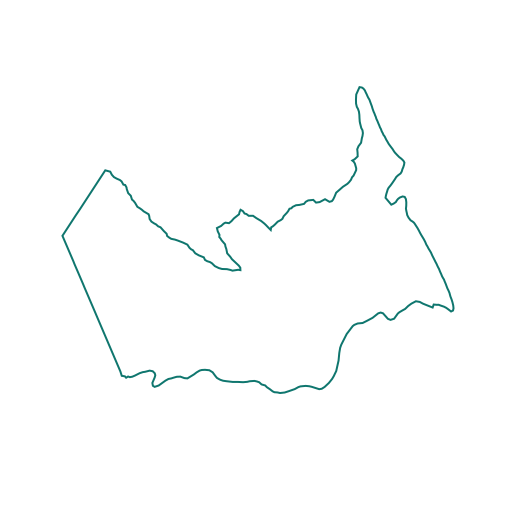 Araioses, Maranhão, Brazil, rotated 61°
{"feature_id": "56859067B64575087706788", "entity_name": "Araioses", "entity_type": "district", "adm_level": 2, "iso_a3": "BRA", "parent_name": "Brazil", "parent_adm1": "Maranhão", "projection": "robinson", "projection_center": [-42.029, -2.955], "detail": "fine", "context": "isolated", "style": "outline", "palette": "teal", "viewbox_px": 512, "rotation_deg": 61, "n_neighbors": 0, "source": "geoboundaries", "source_scale": "gbopen_adm2", "svg_char_len": 4781}
<svg xmlns="http://www.w3.org/2000/svg" viewBox="0 0 512 512"><g transform="rotate(61 256 256)"><path d="M108.0,346.3L129.6,387.1L133.0,393.8L144.5,415.5L172.2,418.3L175.2,418.7L185.4,419.7L188.3,420.0L196.3,420.8L200.6,421.3L225.3,423.8L232.9,424.6L291.3,430.6L295.7,431.5L297.7,429.0L299.5,428.6L299.4,426.3L300.8,425.1L301.6,422.7L301.9,419.8L302.1,414.5L302.7,411.3L303.5,409.2L304.7,404.6L306.7,402.2L309.5,401.4L311.5,401.9L313.2,403.6L316.8,408.2L319.5,409.1L321.3,408.1L322.1,403.9L321.1,395.6L321.1,392.2L322.0,389.4L322.4,387.3L323.2,383.9L324.8,380.7L328.1,377.8L329.8,375.3L329.5,367.8L329.0,364.4L328.9,360.8L329.4,358.7L330.8,355.8L333.3,352.2L336.7,350.3L340.7,349.8L343.6,349.3L345.5,348.2L347.0,347.2L349.1,345.3L351.0,342.8L354.8,337.5L357.6,332.5L360.1,328.5L361.8,324.7L362.5,322.2L364.5,317.9L366.2,316.0L368.0,314.4L371.0,313.4L373.7,310.7L376.0,310.1L379.3,308.4L382.4,307.1L384.0,306.0L385.8,303.3L387.5,301.4L389.3,297.1L390.1,293.0L391.2,286.6L391.2,282.5L391.6,280.3L393.7,275.5L395.7,272.6L397.4,270.7L403.1,265.3L404.0,262.9L403.8,259.5L402.4,253.9L401.6,251.9L400.4,249.0L398.7,246.1L397.6,244.6L395.5,241.6L387.5,234.5L381.1,230.1L377.1,226.9L374.9,224.4L368.2,214.5L364.2,205.4L363.9,203.4L364.3,199.8L366.3,195.2L366.5,189.9L366.6,184.1L365.4,176.9L365.9,174.4L367.7,172.7L374.9,171.1L377.1,169.3L377.8,165.6L375.1,159.9L374.7,157.9L374.6,154.3L374.6,151.2L373.5,147.1L373.0,143.2L373.1,138.1L375.6,135.0L378.6,133.1L380.1,131.9L386.7,126.5L384.6,124.1L386.2,121.8L387.2,119.9L389.0,118.4L391.4,116.2L393.5,114.8L395.6,113.8L397.2,113.1L399.1,112.3L399.2,110.1L397.5,108.6L394.9,107.5L391.7,106.6L388.8,106.0L385.8,105.6L384.1,105.2L382.2,104.7L379.5,104.4L377.2,104.3L375.1,104.0L372.5,103.6L369.6,103.3L367.7,103.0L366.0,103.1L364.0,103.1L361.6,102.8L358.9,102.6L356.0,102.2L354.3,102.2L352.4,102.1L350.2,101.9L348.5,101.9L346.5,101.8L343.9,101.7L341.0,101.6L337.8,101.3L334.9,101.4L333.0,101.5L330.9,101.4L328.6,101.5L325.9,101.2L322.9,101.1L320.1,101.2L317.6,101.3L315.1,101.3L313.0,101.2L309.8,101.2L307.0,101.4L305.2,101.5L303.4,101.7L301.7,102.4L299.7,103.5L296.4,104.0L293.5,103.9L291.7,103.3L289.3,102.6L287.3,101.9L285.0,100.3L281.9,98.5L278.9,97.3L276.4,97.3L275.0,98.9L274.6,101.8L274.9,104.0L275.6,105.8L276.6,107.5L276.9,110.2L276.7,112.8L267.9,114.5L266.3,113.2L264.7,111.7L263.1,110.0L261.7,108.6L260.6,106.9L259.6,104.3L258.5,101.9L257.3,99.5L256.2,97.3L254.9,95.0L254.3,92.6L253.9,89.5L252.8,87.6L251.1,85.9L249.8,84.2L248.0,82.3L246.2,80.9L244.1,80.9L241.4,81.7L238.9,82.8L236.0,83.6L232.8,84.4L230.9,84.6L228.7,84.7L226.0,85.1L223.8,85.4L222.1,85.6L219.6,85.6L217.6,85.7L215.6,85.6L213.8,85.5L211.9,85.8L210.0,85.6L208.0,85.6L205.5,85.2L203.6,85.2L201.6,84.9L199.4,84.7L197.1,84.4L194.2,84.2L192.5,83.8L190.5,83.6L188.7,83.3L187.0,83.2L185.2,82.9L183.4,82.6L181.3,82.1L178.6,81.7L176.7,81.4L174.2,81.0L172.0,81.1L170.2,81.0L168.2,80.8L165.9,80.7L163.9,80.5L161.6,80.9L160.0,81.7L158.5,83.6L163.3,90.0L164.7,90.9L167.6,92.7L171.2,94.6L174.4,95.5L176.8,95.5L179.7,96.0L182.7,97.2L185.5,98.6L188.7,100.1L190.6,100.7L195.2,101.9L197.6,101.9L200.3,102.9L202.7,104.7L204.3,106.3L207.9,109.2L209.7,113.2L211.7,115.7L214.9,117.1L218.2,118.8L219.2,122.8L219.2,125.5L221.0,124.8L223.1,124.7L227.8,125.8L229.5,126.8L233.0,131.7L233.7,133.8L235.4,136.0L236.6,138.9L237.2,141.1L237.6,146.4L239.5,155.2L242.3,158.7L244.1,161.3L244.8,163.1L244.2,165.5L239.8,168.1L239.7,174.2L238.4,177.6L234.7,178.7L232.7,183.4L232.7,186.2L233.7,188.7L232.4,193.2L231.0,196.4L230.8,200.2L231.4,201.9L230.9,203.8L232.4,206.2L233.2,208.1L234.6,212.5L236.3,214.9L236.6,217.0L236.5,220.4L237.7,224.4L238.2,226.7L238.3,228.8L240.4,230.5L236.9,231.5L233.8,232.3L231.6,233.0L227.9,234.5L223.1,237.3L219.4,239.1L217.3,242.9L214.7,244.0L213.3,245.4L210.4,245.7L208.1,247.1L209.5,249.0L211.3,250.6L212.4,257.1L213.6,260.5L214.2,263.7L212.0,266.6L212.0,268.6L212.8,271.9L212.6,276.6L215.9,277.5L219.8,277.7L221.6,278.9L223.7,278.5L225.4,278.5L230.8,277.4L232.8,278.1L235.6,278.6L239.7,279.9L244.1,278.9L247.1,278.6L256.1,275.7L258.6,275.4L260.8,276.5L259.4,278.3L257.4,283.7L255.9,285.0L253.4,287.8L250.9,292.0L248.5,294.4L244.9,296.9L240.9,298.1L239.0,299.2L236.9,301.2L234.7,302.5L231.9,302.3L227.7,305.7L224.2,307.8L220.3,308.4L218.7,309.5L216.6,310.2L212.8,310.5L210.7,312.0L208.9,313.3L204.6,316.9L202.3,319.0L199.9,321.8L198.0,322.9L195.4,324.0L193.2,323.4L189.6,324.5L184.6,325.6L182.6,327.2L179.9,328.1L178.1,329.3L175.2,330.8L172.1,331.1L169.2,330.0L167.4,329.7L162.5,332.6L160.2,333.4L157.9,334.5L155.5,335.9L150.8,336.0L148.4,336.4L146.5,337.1L142.6,336.3L139.1,337.3L134.8,336.6L133.2,336.0L130.5,336.0L129.3,337.4L125.6,337.4L123.6,338.2L120.7,340.4L118.1,342.0L115.0,342.7L111.6,342.6L108.0,346.3Z" fill="none" stroke="#0f766e" stroke-width="2"/></g></svg>